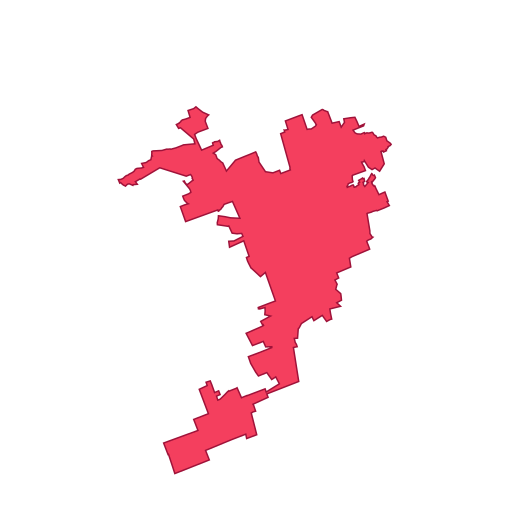 Motul, Yucatán, Mexico, rotated 243°
{"feature_id": "50627088B18979328604802", "entity_name": "Motul", "entity_type": "district", "adm_level": 2, "iso_a3": "MEX", "parent_name": "Mexico", "parent_adm1": "Yucatán", "projection": "robinson", "projection_center": [-89.26, 21.165], "detail": "fine", "context": "isolated", "style": "filled", "palette": "rose", "viewbox_px": 512, "rotation_deg": 243, "n_neighbors": 0, "source": "geoboundaries", "source_scale": "gbopen_adm2", "svg_char_len": 6102}
<svg xmlns="http://www.w3.org/2000/svg" viewBox="0 0 512 512"><g transform="rotate(243 256 256)"><path d="M318.6,208.9L314.4,242.9L313.0,242.7L312.9,243.2L313.2,243.7L313.5,244.4L313.4,244.7L313.7,246.0L314.1,246.9L314.5,247.3L315.0,248.8L316.0,250.3L316.5,250.9L316.0,255.1L315.3,259.8L296.9,258.8L301.6,250.6L305.2,246.1L308.9,240.8L307.2,239.8L306.1,239.1L303.3,236.6L301.4,235.8L295.2,244.5L295.1,245.4L287.2,245.1L284.3,249.3L284.3,249.5L282.6,253.5L279.4,253.3L279.4,243.2L281.5,238.4L275.8,236.4L275.1,252.0L258.8,249.7L259.0,246.8L255.5,246.2L252.9,246.1L247.6,246.1L247.3,246.2L247.0,246.4L244.4,247.4L235.6,250.6L237.1,256.9L207.1,252.9L207.9,246.1L209.1,234.6L207.8,234.2L207.5,235.3L207.1,235.3L206.0,240.6L202.9,239.2L199.7,237.2L195.9,241.7L195.6,230.5L191.5,230.6L191.6,231.2L190.7,231.2L190.6,229.9L190.7,226.9L191.6,212.1L177.8,212.2L176.6,223.7L170.6,223.4L168.0,228.9L167.2,228.5L168.6,213.7L169.8,203.5L162.7,202.5L152.6,203.0L148.0,203.7L147.2,212.7L138.8,213.9L139.3,218.7L131.5,218.8L130.2,203.3L133.5,203.8L135.6,184.6L135.8,184.6L136.3,178.7L147.2,179.3L147.1,178.3L147.9,170.1L148.2,170.2L148.0,169.1L146.6,165.2L144.7,159.0L144.9,156.5L149.1,157.2L148.8,161.1L152.8,161.5L153.1,157.1L161.7,158.2L165.5,158.5L166.2,154.2L162.7,153.7L163.0,144.9L137.1,142.0L138.7,126.3L126.9,125.1L131.3,88.8L119.0,87.5L119.0,88.0L107.1,86.2L99.0,84.9L95.5,121.8L105.7,122.8L103.5,150.4L101.9,166.0L97.6,164.8L96.4,175.5L118.3,180.5L118.4,182.8L117.9,185.2L124.0,186.1L125.3,186.0L124.6,202.6L128.2,203.0L126.1,224.1L124.8,237.1L157.5,247.8L156.5,251.5L158.9,251.9L161.2,251.7L165.2,252.7L163.9,255.7L171.8,260.5L172.2,261.0L172.2,261.5L172.5,262.0L175.2,265.8L176.5,278.3L172.1,278.2L173.0,288.1L165.6,289.2L165.7,291.5L165.7,293.7L165.4,294.8L170.2,296.1L175.3,297.7L172.8,308.5L177.7,306.7L177.8,312.1L182.2,313.8L184.0,314.4L190.1,311.9L193.7,315.1L194.0,315.5L198.8,315.4L198.9,319.7L204.3,320.2L203.2,335.5L211.6,338.2L211.8,341.3L210.5,360.4L215.2,361.0L215.4,360.9L216.7,361.1L218.9,361.3L219.3,363.4L219.0,366.0L219.7,368.7L220.3,368.1L224.3,367.7L226.8,368.9L243.5,374.2L243.5,374.7L242.7,378.7L242.7,380.4L241.9,384.1L241.3,384.4L240.6,392.2L240.4,397.7L244.9,397.4L244.8,398.7L254.5,399.9L254.7,396.8L254.8,393.4L261.9,393.5L264.3,393.7L264.4,393.2L265.2,393.1L265.2,392.6L267.9,392.2L268.4,392.7L268.9,392.5L269.5,392.5L269.7,393.2L269.5,393.8L269.9,395.0L270.5,395.9L270.5,396.3L271.5,398.0L273.4,398.2L273.7,398.1L274.2,398.2L274.1,397.8L274.4,397.2L274.8,397.1L275.1,396.8L276.3,396.8L276.9,396.5L276.0,395.0L275.2,394.1L274.9,393.5L274.5,393.1L274.2,392.2L273.6,391.5L272.9,390.1L272.7,389.9L272.2,388.3L271.7,388.3L270.6,389.3L268.5,384.5L270.5,384.1L271.8,384.7L273.1,384.8L273.1,385.2L273.1,386.5L274.4,387.1L275.2,387.1L275.9,387.5L276.1,387.5L276.3,386.3L277.1,386.3L276.9,384.4L276.8,381.8L274.7,381.9L274.6,381.0L274.7,380.7L274.2,380.0L273.5,380.1L272.8,380.0L272.7,377.9L272.4,377.0L272.3,376.5L272.5,375.9L272.6,375.2L272.7,374.7L274.9,375.0L275.3,374.8L275.5,372.9L275.4,371.5L275.7,369.7L275.7,368.5L276.8,368.7L277.0,369.3L277.3,369.8L278.5,371.0L278.4,371.4L278.5,371.7L278.5,372.6L278.1,374.8L278.1,375.8L278.2,376.2L280.1,376.5L283.8,378.1L283.8,378.5L284.1,378.8L282.4,392.3L286.4,392.8L290.1,392.6L291.7,392.7L291.0,395.1L291.8,395.8L284.1,396.5L280.3,398.6L280.4,402.0L275.4,404.6L279.9,412.1L292.4,414.8L292.4,415.5L292.3,416.1L291.8,416.3L291.8,416.9L290.7,416.9L290.6,420.0L291.9,420.1L291.9,421.3L293.0,423.2L293.5,423.3L293.5,425.7L294.1,427.1L295.4,426.9L299.3,424.9L302.9,425.5L304.8,424.1L305.1,421.2L305.6,420.5L306.1,417.8L307.5,417.4L308.1,417.5L308.6,417.4L310.4,416.2L312.9,416.0L313.6,415.6L314.1,413.0L314.4,412.1L315.0,411.2L315.4,410.8L315.5,409.4L315.6,408.5L316.1,408.8L316.8,408.6L317.0,404.7L317.7,403.6L318.7,401.8L320.0,400.6L320.9,400.1L323.8,399.6L324.1,399.6L323.1,410.9L324.4,412.3L324.7,406.6L330.1,407.0L334.7,407.1L336.2,403.2L338.4,396.5L334.9,395.5L332.1,390.4L338.0,391.1L339.8,384.1L352.1,385.4L352.3,385.0L355.1,382.5L355.9,382.2L356.5,381.5L355.9,370.4L354.5,368.2L348.7,369.1L347.1,369.3L346.3,369.1L345.6,369.4L345.1,368.8L344.7,367.8L344.1,362.9L345.1,360.8L345.6,359.0L361.0,361.2L361.4,358.0L363.0,343.5L354.3,342.0L354.4,341.8L354.4,340.8L354.7,340.1L355.0,338.9L355.4,338.3L354.5,338.2L353.9,337.8L353.4,337.8L353.8,333.5L319.8,326.6L318.9,326.2L318.3,325.8L317.1,325.7L318.2,315.5L321.7,315.9L322.4,308.8L326.8,302.7L338.3,301.3L342.8,302.8L344.3,302.6L346.9,303.0L348.9,303.0L349.4,296.2L349.8,292.0L350.7,281.2L350.1,279.9L345.1,268.2L354.0,268.6L355.5,267.7L358.6,266.6L359.6,266.0L360.6,265.6L364.5,266.1L367.1,264.6L367.3,267.6L368.6,274.0L368.5,275.6L370.1,275.8L371.4,275.5L373.1,275.8L373.9,275.7L374.5,275.9L375.6,276.1L375.5,274.4L375.4,274.1L376.6,271.0L376.4,270.4L376.6,269.2L376.5,268.6L374.1,268.2L375.0,255.6L387.6,256.0L392.2,256.5L392.7,260.1L392.6,261.5L391.5,271.1L399.0,271.9L401.4,273.5L402.8,276.3L403.2,277.9L408.3,273.8L413.3,271.4L416.2,270.2L415.6,267.4L416.5,261.5L409.4,260.2L410.0,255.3L410.7,252.1L410.3,250.4L409.8,249.8L409.5,248.0L409.2,247.9L409.3,244.7L404.8,245.0L404.6,246.9L388.5,253.6L383.7,252.5L388.0,241.7L388.0,240.6L388.7,233.7L389.5,230.1L389.7,228.6L390.3,228.2L391.1,226.1L391.8,224.9L392.7,220.2L396.4,211.9L396.5,210.6L394.9,209.9L393.2,208.8L392.2,209.0L392.3,208.3L389.5,206.0L389.7,203.6L389.2,200.9L389.3,200.0L390.4,196.1L386.0,196.0L386.4,193.9L388.1,189.7L388.1,187.9L386.8,185.7L386.5,183.6L386.5,180.0L386.2,178.6L386.5,176.9L386.1,174.8L385.5,173.1L385.5,172.5L385.6,170.4L386.6,168.0L382.8,167.7L382.9,168.7L380.3,169.6L379.0,170.3L378.5,170.8L377.5,171.4L378.2,173.6L378.3,174.2L377.9,175.8L374.8,178.4L375.3,179.0L373.8,182.8L377.0,182.3L377.0,182.9L377.3,187.6L376.8,188.0L378.3,210.3L358.8,230.1L358.3,234.7L356.3,235.0L354.9,234.9L354.1,234.3L353.0,234.5L352.0,234.3L352.0,233.2L351.2,229.5L350.9,226.8L353.3,226.1L355.4,226.2L355.6,225.2L346.0,227.3L344.3,227.3L342.3,226.9L342.0,224.3L342.6,217.9L340.2,217.6L338.0,217.5L334.2,218.7L333.3,219.3L334.0,215.3L334.4,211.0L318.6,208.9Z" fill="#f43f5e" stroke="#9f1239" stroke-width="1.5"/></g></svg>